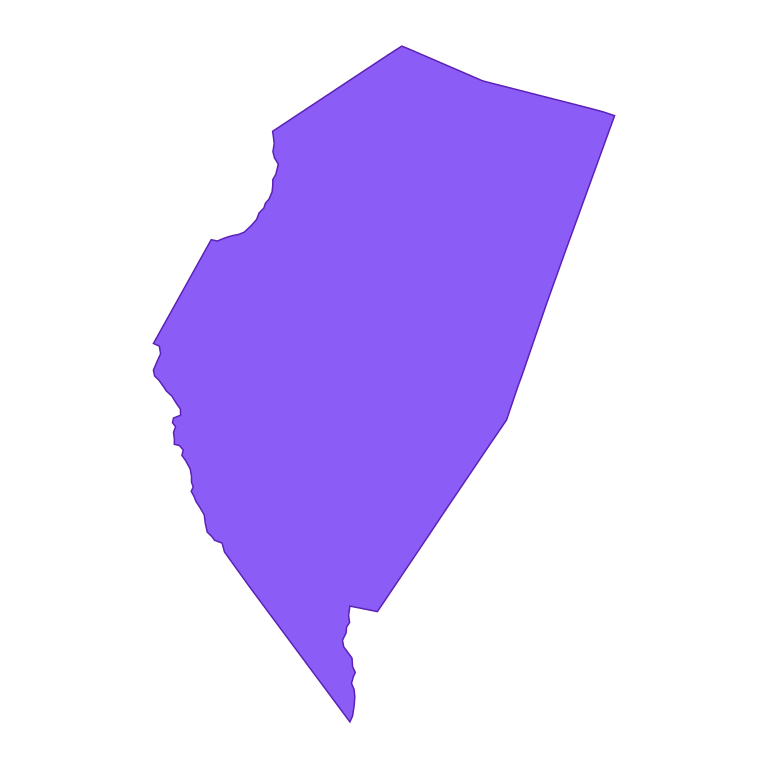 Nova Russas, Ceará, Brazil (orthographic projection)
{"feature_id": "56859067B90768610355048", "entity_name": "Nova Russas", "entity_type": "district", "adm_level": 2, "iso_a3": "BRA", "parent_name": "Brazil", "parent_adm1": "Ceará", "projection": "orthographic", "projection_center": [-40.574, -4.711], "detail": "fine", "context": "isolated", "style": "filled", "palette": "violet", "viewbox_px": 768, "rotation_deg": 0, "n_neighbors": 0, "source": "geoboundaries", "source_scale": "gbopen_adm2", "svg_char_len": 1374}
<svg xmlns="http://www.w3.org/2000/svg" viewBox="0 0 768 768"><path d="M204.2,514.8L205.3,523.4L207.3,532.2L211.7,536.4L214.6,540.3L222.1,543.1L224.5,552.0L249.8,587.2L253.0,591.5L349.9,721.9L352.5,716.2L353.6,709.4L354.3,704.2L354.8,696.7L354.1,689.5L351.5,683.4L353.3,676.9L355.3,672.4L352.6,666.8L352.0,658.1L347.6,652.0L343.7,646.8L342.5,640.2L346.1,632.9L346.6,627.0L349.6,622.5L348.6,615.4L349.9,606.1L377.4,611.6L428.0,536.4L445.0,510.9L488.2,446.9L506.6,419.9L517.0,389.1L518.7,384.2L521.7,376.2L546.3,304.5L553.5,284.3L559.8,266.8L562.1,260.3L614.6,115.7L602.7,111.7L593.0,109.1L486.9,82.0L482.2,80.7L472.1,76.3L407.5,48.4L401.8,46.1L389.1,54.2L272.6,131.3L273.4,136.9L274.2,143.6L272.9,151.7L274.5,157.9L278.3,164.2L275.8,174.4L272.8,179.5L272.8,184.8L272.1,191.8L269.0,199.1L265.4,203.2L263.9,208.0L259.1,212.9L256.6,219.5L251.1,225.7L244.3,232.1L238.4,234.5L233.0,235.5L227.8,236.9L223.1,238.6L217.5,241.0L211.2,239.7L153.4,343.5L159.3,346.1L160.6,353.7L156.7,362.4L153.4,370.1L154.6,376.0L158.9,380.2L163.5,386.7L166.5,391.2L171.7,395.9L176.6,403.7L180.4,409.1L180.6,415.2L173.5,418.0L172.5,422.7L175.6,426.8L173.5,432.2L174.4,439.5L174.3,444.3L179.5,445.6L183.2,450.0L181.9,455.4L185.7,460.7L190.2,469.0L191.5,476.2L191.5,482.2L193.2,487.0L191.2,491.3L194.1,496.6L196.0,501.5L200.1,507.8L204.2,514.8Z" fill="#8b5cf6" stroke="#5b21b6" stroke-width="1.5"/></svg>